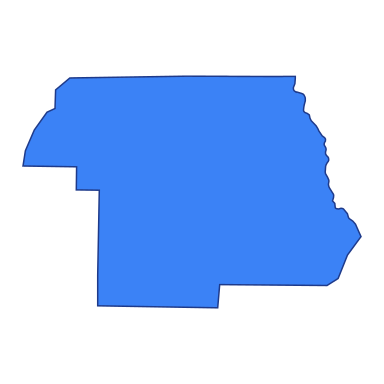 Jackson, Florida, United States of America
{"feature_id": "52423323B29299909449407", "entity_name": "Jackson", "entity_type": "district", "adm_level": 2, "iso_a3": "USA", "parent_name": "United States of America", "parent_adm1": "Florida", "projection": "orthographic", "projection_center": [-85.035, 30.783], "detail": "fine", "context": "isolated", "style": "filled", "palette": "blue", "viewbox_px": 384, "rotation_deg": 0, "n_neighbors": 0, "source": "geoboundaries", "source_scale": "gbopen_adm2", "svg_char_len": 1466}
<svg xmlns="http://www.w3.org/2000/svg" viewBox="0 0 384 384"><path d="M69.8,78.0L55.6,89.9L55.0,108.5L47.0,112.2L34.3,130.0L25.4,150.7L23.0,166.0L76.6,166.8L76.3,189.9L99.3,190.2L97.7,275.4L97.7,305.8L120.9,306.2L217.7,307.8L219.7,284.6L327.0,285.5L338.1,278.5L347.5,255.0L361.0,236.6L357.9,229.7L355.5,224.2L352.9,221.2L349.1,218.5L348.4,217.3L347.4,213.7L343.5,209.0L342.8,208.6L341.6,208.3L340.3,208.4L338.8,209.0L336.6,208.7L335.5,208.1L335.2,207.4L334.8,203.4L332.5,200.9L333.5,197.6L333.7,195.6L333.5,194.4L329.5,188.0L328.8,186.5L328.4,184.3L328.9,181.3L328.8,180.1L327.6,177.3L325.5,173.7L325.2,171.9L325.4,169.8L325.6,166.4L326.1,164.8L327.1,162.9L328.2,161.4L328.7,160.3L328.7,159.4L328.5,158.0L327.9,156.9L326.5,155.5L325.6,154.0L325.5,151.9L325.9,150.7L326.1,149.3L325.9,148.1L325.4,147.0L324.4,145.4L324.1,144.1L324.5,142.6L325.4,141.1L325.5,139.1L324.8,137.9L324.3,137.4L323.4,136.8L322.8,136.3L322.2,135.9L319.0,131.2L317.8,128.6L316.1,125.8L311.2,120.7L310.0,118.2L309.3,114.9L307.4,113.5L304.9,112.5L303.8,111.4L303.5,110.2L303.8,107.2L304.2,105.0L305.3,100.8L305.3,98.5L305.1,97.3L304.0,95.0L303.0,94.0L301.5,93.4L297.2,92.1L296.2,91.9L296.1,92.1L294.3,90.9L293.8,90.2L293.4,89.0L293.4,87.5L294.9,83.7L295.3,78.4L295.3,76.4L295.0,76.4L285.1,76.4L283.6,76.4L282.4,76.5L281.9,76.5L272.4,76.5L271.2,76.5L269.9,76.5L229.8,76.4L227.0,76.3L226.9,76.3L225.9,76.3L185.4,76.2L74.2,77.9L69.8,78.0Z" fill="#3b82f6" stroke="#1e3a8a" stroke-width="1.5"/></svg>